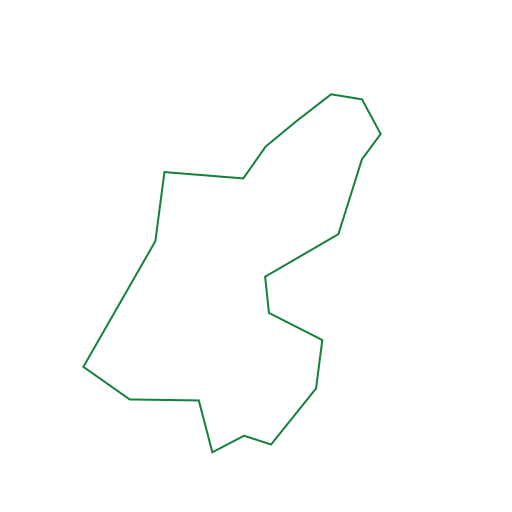 Dudley, orthographic projection, rotated 33°
{"feature_id": "GBR-5692", "entity_name": "Dudley", "entity_type": "Metropolitan Borough", "adm_level": 1, "iso_a3": "GBR", "parent_name": "United Kingdom", "parent_adm1": "", "projection": "orthographic", "projection_center": [-2.094, 52.493], "detail": "fine", "context": "isolated", "style": "outline", "palette": "green", "viewbox_px": 512, "rotation_deg": 33, "n_neighbors": 0, "source": "natural_earth", "source_scale": "10m", "svg_char_len": 413}
<svg xmlns="http://www.w3.org/2000/svg" viewBox="0 0 512 512"><g transform="rotate(33 256 256)"><path d="M294.1,85.8L292.2,117.3L313.2,192.8L274.9,268.4L297.9,296.7L357.4,290.4L378.5,334.4L371.3,405.9L343.8,413.3L326.3,444.4L286.7,408.3L228.2,445.1L171.6,443.0L163.5,298.3L133.5,235.5L203.1,197.9L204.5,158.9L216.6,120.4L230.9,79.5L259.6,66.9L294.1,85.8Z" fill="none" stroke="#15803d" stroke-width="2"/></g></svg>